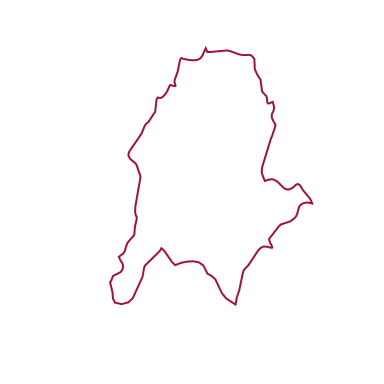 the border of Gjirokastër, rotated 57°
{"feature_id": "ALB-1525", "entity_name": "Gjirokastër", "entity_type": "County", "adm_level": 1, "iso_a3": "ALB", "parent_name": "Albania", "parent_adm1": "", "projection": "robinson", "projection_center": [20.177, 40.156], "detail": "fine", "context": "isolated", "style": "outline", "palette": "rose", "viewbox_px": 384, "rotation_deg": 57, "n_neighbors": 0, "source": "natural_earth", "source_scale": "10m", "svg_char_len": 2323}
<svg xmlns="http://www.w3.org/2000/svg" viewBox="0 0 384 384"><g transform="rotate(57 192 192)"><path d="M310.1,216.8L299.7,221.4L292.8,222.0L278.2,220.0L273.2,221.2L268.9,223.5L259.7,222.5L254.5,224.7L250.8,228.7L247.7,234.0L245.4,240.0L244.2,246.0L239.6,246.9L225.9,247.3L222.5,248.3L223.9,251.0L228.1,271.5L229.5,273.5L236.1,279.6L248.8,299.5L249.9,305.4L247.7,312.1L242.9,316.8L238.2,316.3L233.3,313.5L223.0,309.8L223.0,309.7L222.4,308.1L219.4,303.9L220.3,295.6L219.4,293.1L217.9,291.1L215.8,289.8L213.8,289.2L210.0,289.2L206.5,288.6L206.1,282.9L204.9,280.4L202.3,277.6L199.7,274.1L198.7,271.5L196.9,264.6L195.5,262.9L190.4,259.1L184.3,252.9L182.7,251.9L181.1,251.9L178.0,250.7L173.3,247.4L151.7,227.3L148.8,226.0L146.8,225.8L139.9,223.9L138.3,223.7L136.5,224.0L131.1,225.7L127.5,225.7L125.4,224.5L123.6,222.0L117.8,207.9L115.2,202.0L111.3,196.4L109.9,193.8L109.6,190.6L104.6,179.1L95.5,171.7L94.8,170.7L94.1,169.2L95.7,167.8L96.2,166.5L96.3,164.6L95.2,160.5L93.8,157.6L91.5,154.2L90.7,152.8L90.5,151.8L91.0,151.3L93.2,149.6L94.0,148.6L94.1,148.2L93.7,147.8L90.4,146.9L89.3,146.1L88.1,144.9L83.2,138.4L75.2,130.6L74.1,128.9L73.9,127.9L75.9,126.5L79.8,122.4L82.1,119.4L83.8,116.4L84.5,113.4L84.3,111.5L83.2,108.8L78.9,102.2L82.8,102.9L83.4,102.1L84.4,100.7L92.2,85.8L94.1,83.7L102.4,77.4L104.3,75.4L106.1,73.0L107.7,70.0L109.1,68.4L110.5,67.7L114.3,67.2L123.1,72.4L128.9,73.3L135.1,73.4L146.0,78.5L151.9,77.5L153.9,77.8L156.7,79.5L158.1,80.1L159.2,80.0L159.6,79.3L159.9,78.2L160.0,77.2L160.4,75.2L165.7,76.9L168.3,79.4L170.2,82.6L172.1,84.1L174.9,85.0L179.2,85.2L181.3,85.5L182.6,86.7L189.0,94.8L189.7,96.1L208.9,119.1L212.1,121.9L214.6,123.3L220.6,124.6L222.4,124.9L223.4,121.0L224.3,119.5L224.4,118.7L224.9,117.8L226.2,116.7L229.5,114.8L237.5,113.1L240.1,112.1L242.4,110.1L243.2,106.8L243.1,104.0L242.6,101.1L242.9,98.8L245.4,97.7L250.3,98.0L262.3,96.6L267.1,97.5L264.5,99.9L263.6,101.1L262.8,102.7L262.0,105.0L261.9,107.8L262.8,110.3L267.5,115.6L269.1,118.0L269.9,120.7L270.1,125.8L267.6,135.2L268.0,137.7L273.2,152.5L273.8,153.3L277.7,154.2L280.2,154.3L281.6,154.7L282.3,155.2L281.6,156.3L278.7,159.0L277.3,160.8L276.5,162.4L276.3,164.2L276.6,166.3L277.1,168.4L284.1,184.5L285.6,190.9L287.5,193.3L300.5,206.3L304.6,211.6L309.9,216.6L310.0,216.6L310.1,216.8Z" fill="none" stroke="#9f1239" stroke-width="2"/></g></svg>